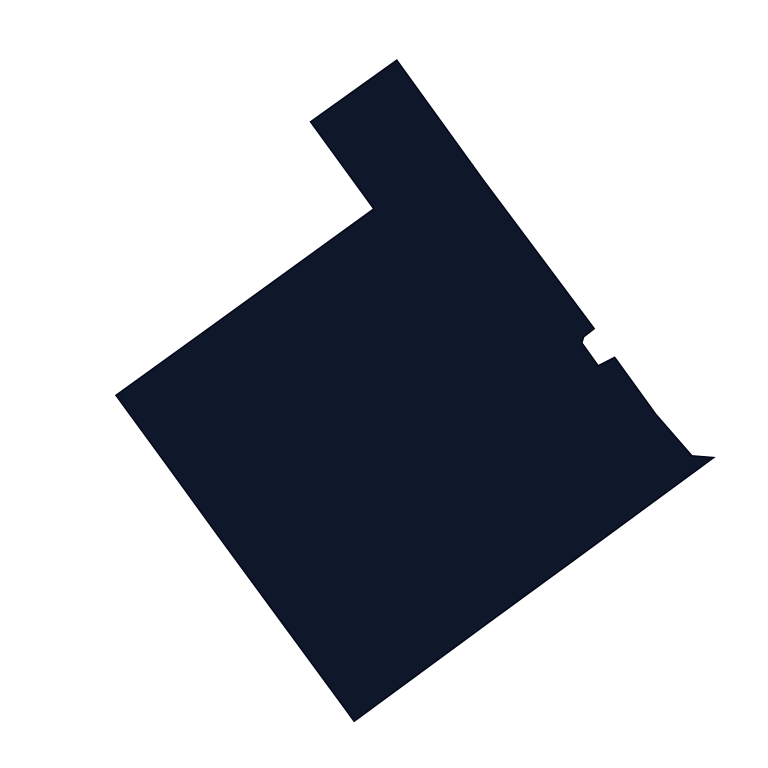 outline of Lincoln, Mississippi, United States of America, rotated 54°
{"feature_id": "52423323B79314410482452", "entity_name": "Lincoln", "entity_type": "district", "adm_level": 2, "iso_a3": "USA", "parent_name": "United States of America", "parent_adm1": "Mississippi", "projection": "orthographic", "projection_center": [-90.415, 31.533], "detail": "fine", "context": "isolated", "style": "filled", "palette": "ink", "viewbox_px": 768, "rotation_deg": 54, "n_neighbors": 0, "source": "geoboundaries", "source_scale": "gbopen_adm2", "svg_char_len": 446}
<svg xmlns="http://www.w3.org/2000/svg" viewBox="0 0 768 768"><g transform="rotate(54 384 384)"><path d="M622.2,606.4L639.3,606.4L638.4,439.3L638.2,365.4L638.2,339.9L637.3,162.2L637.3,160.5L623.1,177.1L568.3,181.9L498.0,181.7L495.1,200.0L467.1,199.8L463.2,194.8L462.8,181.4L277.0,183.8L129.5,183.3L128.7,289.3L236.3,289.3L236.0,491.7L235.6,607.5L323.8,607.3L405.3,607.4L622.2,606.4Z" fill="#0f172a" stroke="#020617" stroke-width="1.5"/></g></svg>